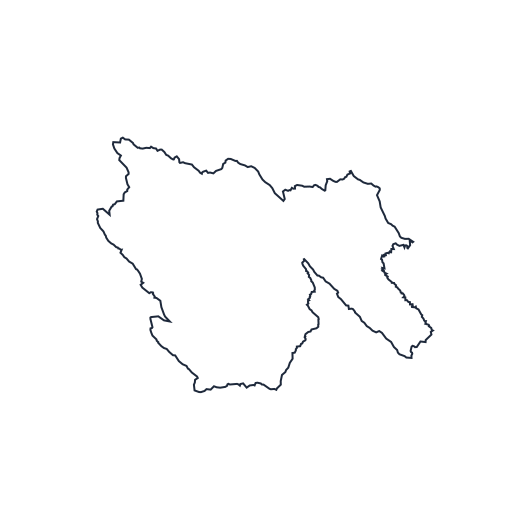 the district of Pacho, Cundinamarca, Colombia, rotated 137°
{"feature_id": "7082276B92865884587662", "entity_name": "Pacho", "entity_type": "district", "adm_level": 2, "iso_a3": "COL", "parent_name": "Colombia", "parent_adm1": "Cundinamarca", "projection": "equal_earth", "projection_center": [-74.189, 5.166], "detail": "fine", "context": "isolated", "style": "outline", "palette": "slate", "viewbox_px": 512, "rotation_deg": 137, "n_neighbors": 0, "source": "geoboundaries", "source_scale": "gbopen_adm2", "svg_char_len": 6117}
<svg xmlns="http://www.w3.org/2000/svg" viewBox="0 0 512 512"><g transform="rotate(137 256 256)"><path d="M290.4,160.7L288.8,160.9L287.9,161.9L285.2,159.9L283.0,161.0L281.8,160.5L280.0,161.3L277.4,160.7L276.3,161.4L275.8,163.4L274.9,163.4L274.8,164.1L273.1,165.1L269.6,164.8L267.6,163.6L265.5,164.4L261.1,161.9L258.7,161.8L257.2,163.5L256.7,163.5L253.8,166.9L253.2,167.0L252.2,168.8L253.0,176.3L252.5,178.4L253.0,180.5L251.9,184.4L252.0,185.6L250.1,185.5L249.5,186.8L248.4,187.8L247.4,187.4L247.4,188.8L245.0,188.7L244.4,189.6L243.5,189.7L243.0,190.9L241.5,190.6L239.8,191.7L237.4,189.9L237.0,191.0L236.0,191.2L234.5,192.9L232.6,197.9L232.8,199.8L232.1,200.5L231.3,203.0L231.6,204.7L230.1,205.9L230.0,208.1L229.2,208.2L229.0,209.8L229.6,210.8L228.4,212.2L228.1,216.7L227.4,218.6L226.7,219.6L223.9,219.6L222.9,221.7L222.8,215.0L223.6,211.7L223.5,207.2L224.2,204.6L224.4,199.8L223.4,198.8L222.9,196.0L221.7,194.3L222.4,189.9L221.1,185.7L221.2,178.6L220.2,175.1L220.9,173.2L222.5,173.2L223.8,169.9L223.3,166.5L223.8,158.4L222.3,156.7L224.2,153.9L221.9,152.2L221.3,151.0L221.6,147.8L222.1,147.2L221.5,140.7L223.0,136.4L222.3,133.3L222.8,129.2L221.9,125.9L221.7,121.9L220.2,118.2L217.1,117.1L216.3,113.9L217.1,106.8L215.8,101.0L217.2,95.4L216.9,91.0L218.1,88.6L218.1,86.3L215.6,81.4L215.3,79.2L211.8,75.4L210.2,77.2L208.4,77.9L207.8,78.9L208.1,79.9L207.7,81.1L204.0,83.6L202.7,83.5L201.9,81.9L201.9,80.9L200.5,79.8L194.0,81.3L190.7,77.4L189.2,78.8L181.3,78.9L179.9,81.3L177.5,80.9L177.9,82.0L176.9,83.9L177.5,86.7L176.9,86.9L176.6,87.9L178.3,90.8L177.6,90.9L177.4,91.8L176.2,92.5L176.9,93.1L177.0,94.1L176.2,96.1L176.2,98.4L174.8,99.3L175.0,100.6L173.6,106.1L174.5,108.5L173.7,110.0L174.8,110.1L176.7,112.3L176.3,112.9L175.3,112.7L174.4,114.0L176.4,115.6L174.9,117.3L175.9,118.5L175.8,120.9L176.9,121.8L175.1,123.8L176.4,125.3L174.8,125.4L174.3,126.3L174.1,128.4L175.0,129.3L174.5,129.9L175.0,130.7L174.1,132.4L174.3,135.7L174.0,136.5L174.7,138.2L173.5,139.1L173.8,141.1L173.4,142.1L175.0,143.8L174.5,144.5L175.1,148.6L174.8,150.6L173.7,151.1L174.5,154.0L174.0,154.5L172.6,154.1L173.4,156.2L172.6,157.8L173.4,158.2L173.6,159.1L172.7,159.0L172.7,160.4L171.8,160.1L171.6,160.9L170.5,159.3L167.7,163.6L167.8,165.1L166.4,167.3L166.6,168.5L163.4,170.3L163.0,168.7L162.1,169.4L161.8,168.5L161.1,169.1L160.4,168.2L159.6,169.5L157.8,168.7L157.1,167.5L156.4,168.0L155.6,167.4L155.0,167.9L154.5,166.7L152.2,168.8L150.5,167.1L149.3,170.3L147.5,171.0L145.2,170.0L145.1,168.0L144.2,165.6L140.6,163.6L141.6,161.0L139.7,162.0L138.7,161.1L138.6,160.0L139.8,158.8L139.7,158.0L135.9,158.8L133.4,162.0L132.5,161.2L132.3,159.3L131.4,159.2L132.6,164.4L135.5,167.1L137.3,170.2L137.4,172.2L136.0,175.4L134.6,182.9L135.4,185.0L135.5,187.1L136.8,190.0L135.7,195.0L134.5,197.4L131.7,206.5L128.3,211.6L126.0,218.0L120.4,219.9L119.4,221.1L119.6,222.8L120.4,224.7L121.3,225.2L122.0,227.4L122.3,230.4L125.0,232.5L127.3,236.6L128.2,240.9L129.1,242.4L130.0,247.8L128.4,254.3L129.0,253.5L129.9,253.9L130.9,252.2L133.6,253.2L135.9,252.3L137.1,252.9L138.8,252.4L140.5,252.9L142.1,254.6L146.3,255.0L147.3,256.0L148.3,258.3L149.2,262.0L151.7,263.8L152.9,262.1L156.8,260.2L160.5,256.8L161.2,256.9L162.2,260.3L162.3,262.4L163.2,263.9L163.1,265.3L164.0,267.4L165.2,268.1L167.5,267.8L169.5,270.3L173.5,273.8L174.3,275.9L177.5,279.9L179.9,280.6L181.5,278.7L182.8,279.8L183.3,281.4L186.0,280.5L186.6,281.4L188.1,281.8L189.4,284.5L192.3,284.8L196.1,278.1L198.4,277.6L199.4,289.1L197.8,294.5L197.6,298.5L198.9,303.7L199.1,307.5L197.9,313.4L196.8,316.3L196.9,321.3L198.3,324.9L201.4,326.7L202.3,329.8L204.8,334.0L205.4,336.4L205.1,338.6L206.2,339.5L208.3,344.2L210.1,346.1L213.1,346.5L214.7,345.2L217.2,345.7L220.6,343.4L222.1,343.2L227.2,345.5L230.8,345.5L232.7,348.4L234.4,349.5L234.2,352.4L237.2,353.7L238.5,353.8L239.5,353.1L240.1,355.0L239.8,357.4L240.8,363.2L240.5,366.6L244.6,372.3L245.4,374.3L248.1,375.9L248.1,376.8L246.2,379.3L246.0,382.9L248.4,383.5L250.2,382.7L250.7,383.0L251.5,385.3L251.8,389.3L252.7,391.2L252.1,394.5L252.4,398.1L253.5,399.2L256.3,400.1L255.8,402.8L257.5,404.9L258.2,407.5L260.0,407.3L262.5,410.0L265.6,411.8L267.4,413.9L267.4,414.9L268.7,415.8L269.4,421.1L268.9,422.6L269.6,427.8L272.2,430.5L272.7,433.4L274.8,434.0L278.0,431.7L282.7,436.6L284.5,435.2L286.3,431.2L287.2,425.8L286.3,421.6L289.0,420.7L290.6,419.4L290.4,408.9L292.1,404.1L293.2,402.9L296.7,403.0L297.9,401.8L301.1,396.1L301.8,392.8L304.8,392.4L305.9,391.3L308.6,392.0L310.7,391.4L315.3,386.9L320.5,390.8L324.0,390.2L325.5,391.0L327.0,390.2L327.9,390.6L332.5,389.2L334.9,386.0L335.8,395.0L340.2,398.0L342.2,397.1L342.7,395.5L343.9,394.5L344.1,392.8L347.1,391.4L348.0,389.2L349.1,388.1L350.8,382.7L350.8,378.0L352.0,374.6L352.0,373.4L353.0,371.6L353.7,367.8L353.3,363.9L352.4,361.5L352.2,357.8L351.3,356.4L351.6,355.4L350.9,354.6L350.6,352.6L350.0,352.2L352.9,350.8L352.7,347.7L353.1,344.9L352.4,342.5L352.6,338.5L351.4,334.5L352.7,328.2L352.2,327.3L352.3,325.8L352.9,322.2L355.1,317.1L357.4,315.5L356.8,313.3L360.0,313.6L360.7,310.4L359.4,301.6L357.6,301.2L356.3,299.7L356.5,299.0L357.3,298.5L357.7,295.4L358.7,294.8L357.4,293.2L356.5,288.5L360.1,283.1L363.1,276.0L363.8,273.7L363.7,266.9L367.2,271.7L368.6,278.5L374.4,282.9L375.2,283.0L376.2,281.9L380.3,274.5L381.2,274.3L382.5,275.0L383.6,274.0L384.9,271.3L386.0,268.4L385.7,262.9L386.4,261.7L386.2,259.7L386.7,259.3L386.7,254.6L386.1,251.5L384.7,248.9L384.9,245.2L384.4,240.1L382.9,238.4L384.1,231.8L383.5,226.9L381.8,223.0L382.6,220.0L382.2,219.0L382.4,214.6L381.3,208.0L381.8,206.5L385.0,207.0L387.0,205.2L389.2,204.2L392.6,199.6L390.4,195.3L389.1,194.0L385.7,192.4L383.0,192.4L380.3,189.2L375.6,189.4L374.3,186.8L372.0,184.1L367.7,181.2L365.5,180.8L364.5,181.6L363.4,181.4L362.7,179.8L357.1,175.4L356.4,174.0L356.2,172.2L354.7,173.0L352.3,171.6L352.6,166.1L348.9,165.6L345.8,163.4L345.3,162.3L342.9,163.4L341.4,162.4L339.4,159.5L339.4,158.1L338.2,156.8L336.7,149.7L336.0,148.4L333.2,146.2L332.4,144.3L331.0,144.9L325.6,145.0L323.3,147.6L318.1,151.3L313.7,151.1L311.7,152.1L308.6,152.3L304.1,154.8L299.3,155.9L295.5,160.2L293.6,158.9L291.2,159.8L290.4,160.7Z" fill="none" stroke="#1e293b" stroke-width="2"/></g></svg>